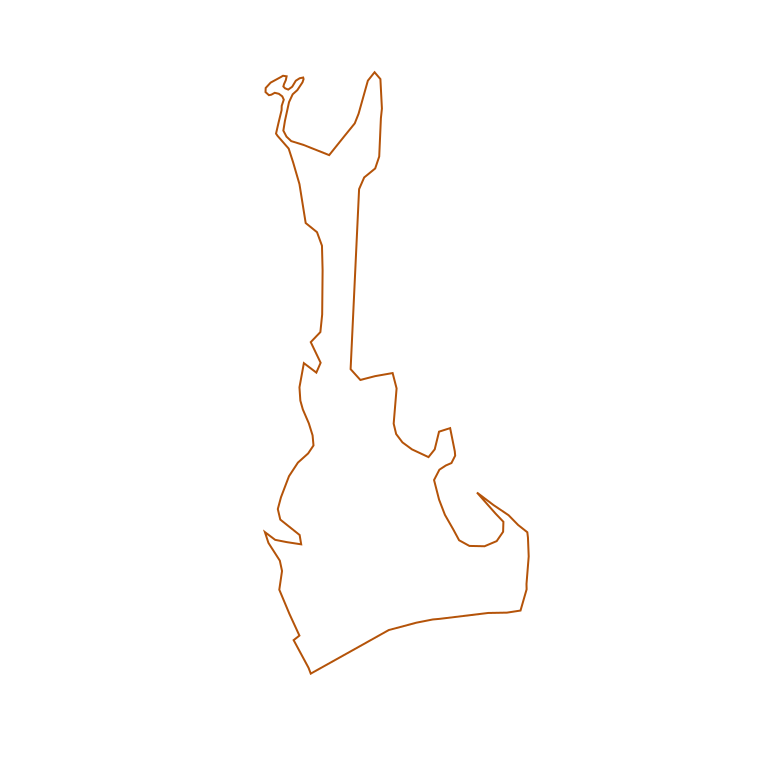 Meketii, Koror, Palau, rotated 15°
{"feature_id": "81905179B7875466527963", "entity_name": "Meketii", "entity_type": "district", "adm_level": 2, "iso_a3": "PLW", "parent_name": "Palau", "parent_adm1": "Koror", "projection": "mercator", "projection_center": [134.481, 7.348], "detail": "fine", "context": "isolated", "style": "outline", "palette": "amber", "viewbox_px": 768, "rotation_deg": 15, "n_neighbors": 0, "source": "geoboundaries", "source_scale": "gbopen_adm2", "svg_char_len": 1782}
<svg xmlns="http://www.w3.org/2000/svg" viewBox="0 0 768 768"><g transform="rotate(15 384 384)"><path d="M501.9,464.8L525.3,480.3L535.0,486.2L537.3,495.9L533.5,506.6L523.1,514.7L508.4,518.3L497.0,515.5L488.6,506.6L476.7,494.6L467.1,481.4L457.2,463.8L459.7,452.4L464.8,446.7L469.6,442.9L471.3,434.8L469.8,430.7L459.3,409.5L449.5,415.8L449.9,434.0L445.9,443.1L427.9,439.9L416.9,435.6L408.7,429.2L403.6,419.8L397.3,385.0L389.5,371.2L373.4,378.7L360.1,386.2L347.9,378.3L309.5,202.2L311.4,189.6L319.7,178.1L320.5,165.5L312.2,128.0L310.7,118.5L301.6,90.4L294.2,85.3L289.9,95.2L289.5,129.5L288.3,139.8L281.6,154.8L271.8,177.1L244.4,173.9L231.5,173.4L225.8,170.3L221.2,165.3L220.2,155.4L219.3,136.3L220.8,127.8L224.2,122.6L227.2,113.7L227.4,110.3L226.6,108.9L223.4,110.5L220.3,113.9L218.4,120.6L215.3,124.4L211.9,124.0L209.8,122.7L209.8,120.3L210.5,116.0L210.3,112.0L206.7,112.4L204.5,114.6L196.5,122.2L193.1,128.7L194.0,132.7L198.1,134.8L200.3,133.7L203.1,131.0L207.3,130.9L211.3,132.5L213.6,135.3L213.2,141.8L214.2,146.0L214.5,159.0L214.9,170.1L217.0,171.9L231.0,181.3L238.9,193.5L250.6,212.8L266.7,248.8L280.0,254.7L288.3,266.5L295.3,290.2L306.3,332.9L309.1,350.3L302.4,362.5L317.3,379.9L315.7,390.5L301.2,384.6L303.2,409.1L307.5,421.7L312.2,429.6L321.6,441.5L328.3,452.1L331.8,461.6L328.7,470.7L321.2,482.2L316.1,497.6L313.8,520.1L313.8,532.3L318.9,541.8L341.6,551.7L345.5,560.3L331.0,561.9L319.2,562.7L307.3,557.9L313.5,567.4L329.1,581.6L333.9,591.0L336.1,609.8L352.2,630.6L367.4,648.9L363.0,654.8L384.6,677.7L388.2,682.7L437.1,635.2L452.3,620.4L477.0,606.2L492.1,598.8L498.4,596.5L543.9,578.2L562.0,573.0L574.5,567.5L574.9,545.4L573.4,540.3L568.4,513.1L562.8,495.1L560.8,490.1L550.1,485.5L538.3,478.5L521.1,472.6L501.9,464.8Z" fill="none" stroke="#b45309" stroke-width="2"/></g></svg>